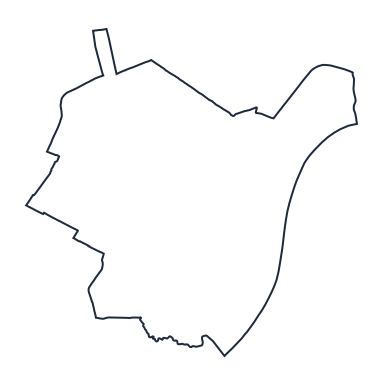 Rat Burana, Bangkok Metropolis, Thailand (Robinson projection), rotated 89°
{"feature_id": "78962969B18943250736788", "entity_name": "Rat Burana", "entity_type": "district", "adm_level": 2, "iso_a3": "THA", "parent_name": "Thailand", "parent_adm1": "Bangkok Metropolis", "projection": "robinson", "projection_center": [100.505, 13.674], "detail": "fine", "context": "isolated", "style": "outline", "palette": "slate", "viewbox_px": 384, "rotation_deg": 89, "n_neighbors": 0, "source": "geoboundaries", "source_scale": "gbopen_adm2", "svg_char_len": 5877}
<svg xmlns="http://www.w3.org/2000/svg" viewBox="0 0 384 384"><g transform="rotate(89 192 192)"><path d="M126.8,25.9L119.8,26.8L115.6,27.6L113.1,28.6L111.7,28.8L111.3,28.8L110.2,28.8L109.0,28.7L108.0,28.5L104.9,27.1L103.9,26.8L103.5,26.8L102.0,26.9L95.0,28.4L93.3,28.6L91.9,28.7L90.7,28.7L88.1,28.4L81.7,28.0L80.9,28.3L79.8,28.6L79.4,28.8L77.5,29.3L76.7,29.3L76.0,29.4L75.5,29.2L74.7,30.4L72.4,36.2L71.3,39.5L67.9,51.2L67.3,56.3L67.2,57.8L67.4,59.9L67.9,61.8L68.4,63.4L69.5,66.0L70.8,68.2L71.9,69.7L73.3,71.2L82.2,78.8L93.2,87.6L106.2,98.2L112.1,103.0L119.8,109.2L119.1,111.8L115.0,121.2L114.2,125.5L114.2,126.3L114.0,126.6L113.7,126.8L112.7,126.7L109.2,125.7L108.7,125.9L108.6,126.2L108.6,126.5L111.1,133.2L112.2,138.5L114.4,145.2L114.6,146.3L115.0,147.1L115.5,147.7L116.2,148.2L116.7,148.9L116.7,149.4L116.6,149.9L115.6,151.7L114.9,152.1L113.3,153.4L109.4,159.8L108.4,161.0L108.2,161.4L107.7,162.1L107.4,162.6L107.0,163.1L106.5,163.9L105.4,166.0L105.2,166.3L104.6,167.0L104.3,167.2L104.1,167.5L103.5,168.1L102.3,169.6L101.6,170.2L100.9,171.8L99.9,173.6L97.8,176.2L96.2,178.3L95.6,178.9L93.6,181.9L93.5,182.5L91.1,185.7L89.5,187.6L88.6,188.9L86.9,191.1L84.8,194.5L84.5,194.7L82.6,197.5L82.4,197.6L82.2,198.0L81.5,198.8L80.9,199.7L80.5,200.5L79.9,201.2L79.9,201.3L79.0,202.6L78.1,203.6L77.9,203.8L77.4,204.5L77.2,204.8L76.9,205.4L75.7,207.0L72.8,211.8L72.7,211.9L72.2,212.7L71.8,213.3L70.8,214.6L70.1,215.9L69.2,216.7L67.4,219.0L66.6,220.3L65.3,222.0L63.7,224.4L62.8,225.8L62.1,226.6L61.7,227.4L61.2,227.9L59.3,230.6L60.2,232.1L61.5,236.5L66.4,249.2L66.9,250.7L67.0,251.3L68.6,255.6L68.8,256.0L69.0,256.1L69.0,256.4L69.9,259.0L72.7,265.4L64.0,267.2L59.3,268.1L36.8,272.5L27.5,274.7L28.3,279.4L28.4,281.9L29.1,288.1L45.1,286.1L69.4,280.1L72.0,279.4L74.0,278.7L75.5,283.4L76.9,287.0L79.9,292.9L81.4,296.2L86.2,305.4L88.0,309.5L90.4,315.0L91.2,316.2L93.3,318.5L94.3,319.3L95.1,319.9L96.5,320.7L97.1,320.9L103.3,321.9L108.9,321.1L110.0,321.1L113.0,320.8L113.7,320.9L114.4,321.0L115.2,321.2L116.8,321.8L118.1,322.3L119.6,322.7L121.1,323.3L122.2,323.7L125.3,325.0L127.8,326.2L136.1,330.3L137.6,330.9L139.3,331.6L141.5,332.5L142.8,333.3L146.5,335.0L149.1,336.3L149.8,334.9L149.9,334.4L152.6,327.9L152.7,327.7L152.7,327.0L152.7,326.5L153.9,324.4L154.1,324.3L154.6,324.4L155.3,324.8L156.2,325.2L157.2,325.5L157.9,325.9L158.3,326.1L158.7,326.4L159.1,326.9L159.4,327.9L159.6,328.2L160.0,328.6L160.4,328.8L161.0,328.9L161.6,329.1L161.9,329.5L162.3,329.7L164.1,330.5L166.6,332.1L167.0,332.3L168.1,332.3L168.4,332.4L169.6,333.3L170.0,333.4L170.6,333.4L171.1,333.7L171.6,334.0L177.3,338.4L190.4,348.3L191.5,349.3L192.4,350.0L192.5,350.3L192.2,350.9L192.4,351.1L198.5,355.2L202.5,358.1L205.6,352.3L207.8,348.4L210.9,342.3L211.4,341.2L210.2,340.3L214.7,332.6L220.5,321.8L225.9,311.8L228.2,307.3L228.4,307.0L228.7,306.8L233.4,309.7L235.9,311.4L237.8,308.3L238.4,307.4L239.0,306.3L239.4,305.4L239.4,304.8L239.5,304.6L240.8,302.3L242.2,299.5L243.7,296.9L244.2,296.1L244.4,296.3L245.0,295.3L246.1,293.3L247.2,291.1L249.2,287.3L250.7,284.0L251.5,282.4L252.2,281.3L254.0,281.8L257.7,283.0L258.4,283.2L259.0,283.2L260.6,282.6L261.2,282.5L262.6,282.5L263.9,282.6L266.2,283.1L267.9,283.6L276.1,289.9L278.3,291.3L280.9,293.3L283.2,294.9L285.3,296.3L286.1,296.7L286.9,297.0L287.9,297.1L288.5,297.1L289.8,297.0L291.9,296.4L293.7,295.8L300.3,293.8L301.4,293.2L303.0,293.0L306.9,292.1L309.7,291.6L313.6,290.6L316.0,290.3L316.2,289.0L316.9,285.8L317.1,284.4L317.2,282.6L316.4,279.9L316.1,278.4L316.0,277.8L316.0,277.1L316.3,268.8L316.4,266.4L316.5,263.5L316.7,259.7L316.8,257.1L316.9,256.1L316.6,254.9L316.5,252.2L316.5,250.3L316.7,247.5L316.6,246.1L316.5,245.8L316.6,245.6L316.9,245.2L317.1,245.2L317.2,245.3L317.6,245.6L318.0,245.9L318.6,246.1L319.0,246.0L319.9,245.3L321.5,244.2L322.9,242.8L323.0,242.7L323.4,242.7L324.8,243.2L325.1,243.2L327.0,241.9L328.3,241.4L329.0,240.7L329.3,240.5L331.5,239.5L331.9,239.3L333.2,238.1L333.3,238.0L333.8,237.8L335.4,237.7L335.8,237.5L336.3,237.2L336.5,236.7L336.6,236.2L336.4,235.5L335.7,233.8L335.7,233.5L335.8,233.2L336.1,232.9L336.3,232.9L337.1,233.6L337.5,233.7L337.8,233.6L338.0,233.5L338.1,233.2L338.2,232.2L338.4,231.7L338.8,231.5L339.7,231.3L339.9,231.2L340.2,231.0L340.5,230.6L340.7,230.0L340.8,229.7L340.7,229.5L340.2,228.8L340.0,228.6L339.7,228.5L338.1,228.1L337.9,228.0L337.8,227.7L337.7,227.4L337.8,227.1L338.0,226.4L338.6,225.3L339.1,224.6L339.2,224.4L338.9,224.0L338.7,223.8L337.4,223.2L337.3,222.8L337.3,222.6L338.0,219.7L338.0,219.3L337.9,219.1L337.4,218.5L336.2,217.2L336.0,216.9L336.0,216.5L336.1,216.0L336.5,215.4L336.7,215.1L337.4,214.4L338.0,213.9L338.3,213.8L338.8,213.6L339.4,213.5L339.7,213.3L340.0,213.0L340.3,212.4L340.4,212.2L340.2,210.7L340.3,210.1L340.5,209.8L340.8,209.5L341.0,209.4L342.9,209.1L343.3,209.0L343.6,208.8L343.9,208.3L344.0,208.1L344.0,207.6L343.7,204.8L343.7,204.3L343.7,204.1L344.2,202.8L344.4,202.3L344.4,201.5L344.3,200.1L344.4,199.1L344.5,198.8L344.8,198.5L345.9,197.7L346.6,197.0L346.8,196.8L346.9,196.3L347.0,195.2L346.9,195.0L346.5,194.7L346.3,194.5L346.2,194.1L346.1,193.8L346.1,193.6L346.3,192.6L346.7,191.1L346.7,190.6L346.8,190.2L346.7,189.7L345.7,185.4L345.5,184.9L345.3,184.7L344.6,184.3L343.9,184.1L342.9,183.9L342.0,183.9L338.2,184.6L337.4,184.5L337.1,184.4L336.8,184.2L336.6,183.9L336.3,183.1L335.8,181.2L335.8,180.8L335.8,180.5L335.9,180.0L336.1,179.6L341.4,173.7L356.5,162.4L353.0,158.8L349.4,154.9L344.4,149.9L339.4,145.0L335.3,141.7L332.6,139.2L327.8,135.6L322.7,131.8L316.5,127.7L312.2,124.6L306.4,121.0L299.3,117.1L293.4,114.1L287.6,111.4L281.1,108.9L272.8,106.8L264.3,105.2L257.4,104.0L250.6,102.8L242.9,101.7L235.3,100.7L228.3,99.7L220.5,98.4L213.1,97.0L204.8,94.8L197.1,92.4L190.5,90.2L182.7,87.3L176.1,84.3L169.8,81.4L165.0,79.1L162.3,77.3L157.7,73.9L151.5,68.2L144.7,61.3L139.3,54.9L135.2,48.8L131.7,42.4L128.6,34.8L127.8,31.5L126.8,25.9Z" fill="none" stroke="#1e293b" stroke-width="2"/></g></svg>